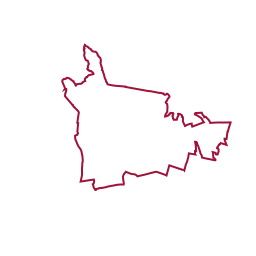 outline of Sulita, Botosani, Romania, rotated 41°
{"feature_id": "2599482B5546684952398", "entity_name": "Sulita", "entity_type": "district", "adm_level": 2, "iso_a3": "ROU", "parent_name": "Romania", "parent_adm1": "Botosani", "projection": "natural_earth1", "projection_center": [26.901, 47.647], "detail": "fine", "context": "isolated", "style": "outline", "palette": "rose", "viewbox_px": 256, "rotation_deg": 41, "n_neighbors": 0, "source": "geoboundaries", "source_scale": "gbopen_adm2", "svg_char_len": 5645}
<svg xmlns="http://www.w3.org/2000/svg" viewBox="0 0 256 256"><g transform="rotate(41 128 128)"><path d="M147.3,190.5L147.8,190.1L150.3,187.0L151.0,185.6L152.2,184.2L153.2,182.9L157.4,177.6L159.7,175.3L161.8,173.5L161.2,172.6L160.0,171.5L158.9,170.7L158.1,170.0L157.9,169.6L156.7,168.7L156.1,168.0L155.4,166.3L155.1,164.8L155.2,164.0L155.2,163.9L155.1,162.4L156.6,162.0L160.9,160.4L163.5,158.5L164.8,158.2L165.7,158.1L166.8,158.3L171.1,152.4L172.9,149.8L174.9,146.8L177.8,142.7L179.1,142.0L183.8,140.1L187.2,138.8L188.2,138.6L183.7,129.1L192.4,125.5L193.1,125.2L193.4,125.3L193.8,124.9L195.1,124.3L196.2,124.1L196.8,123.4L197.2,123.2L197.7,123.0L198.4,123.1L198.1,122.5L197.8,122.1L197.5,121.2L196.0,118.5L195.3,116.7L194.4,114.0L193.8,113.0L192.9,110.9L190.6,107.2L192.2,106.3L196.2,103.8L195.7,103.6L195.2,103.1L193.7,101.4L194.6,100.8L194.5,100.7L193.8,100.2L193.1,99.2L191.4,97.6L191.2,97.2L187.7,94.4L188.7,93.7L189.1,93.7L189.6,93.8L190.5,94.4L190.9,94.9L192.8,95.5L194.8,96.8L195.4,97.0L197.0,98.1L197.8,98.5L199.0,99.4L200.4,100.0L201.6,100.3L202.0,100.7L203.3,101.7L208.2,99.1L210.7,97.6L213.4,96.2L214.8,95.3L215.1,95.0L214.9,94.6L214.5,94.4L212.8,94.2L212.3,94.2L211.9,94.4L211.1,93.7L208.6,91.1L207.8,90.6L210.4,89.3L211.7,90.2L212.1,90.0L213.0,89.2L212.5,88.2L211.8,86.3L210.6,84.9L210.4,84.8L210.2,84.9L209.8,84.5L209.6,84.4L209.2,84.4L208.5,84.8L208.2,84.4L208.0,84.1L208.2,83.4L208.0,82.9L207.8,81.6L207.6,81.1L208.0,80.8L208.0,80.6L207.7,80.0L208.1,79.4L208.0,78.7L207.9,78.5L213.4,76.1L208.7,73.6L207.9,72.7L209.6,71.7L205.4,65.4L205.3,64.8L205.5,64.8L205.3,64.3L205.0,63.6L204.2,62.2L203.8,61.2L201.8,56.5L200.8,57.2L200.0,58.2L199.6,58.5L199.4,58.6L196.9,60.8L196.0,61.7L194.0,63.3L191.1,65.9L186.7,70.2L186.3,69.8L184.2,69.1L182.1,68.8L180.9,68.8L179.4,68.5L178.5,69.9L177.2,69.1L175.7,69.1L173.6,68.1L169.1,72.5L169.2,73.6L169.9,73.8L172.2,73.1L176.3,72.5L177.6,72.6L180.1,73.6L181.5,73.9L175.6,84.8L174.7,84.3L173.2,82.9L172.0,84.2L169.9,88.2L170.0,88.7L169.8,89.1L167.4,88.1L165.1,87.0L162.9,84.3L162.1,83.8L161.4,84.2L160.5,83.0L158.0,83.4L156.9,84.1L156.5,84.4L156.7,84.7L157.8,85.4L157.8,85.6L158.5,88.1L159.4,89.7L157.2,91.7L156.7,91.3L156.1,91.4L155.8,91.3L155.3,91.0L154.7,90.2L154.3,90.1L153.8,89.9L153.2,89.1L153.5,88.6L153.5,88.4L153.0,87.7L152.9,87.5L152.5,87.2L152.0,87.3L151.5,87.6L150.2,88.9L150.3,89.4L150.0,89.8L150.3,90.1L150.2,90.3L150.2,90.5L150.2,90.8L150.3,91.0L150.2,92.2L149.9,92.4L149.7,93.2L149.3,93.9L148.4,95.0L148.1,94.5L147.4,93.1L147.2,90.9L146.8,89.9L146.5,89.2L146.0,88.9L143.8,85.9L143.4,85.7L141.9,84.2L141.5,84.1L140.5,84.2L139.5,83.8L139.4,83.2L139.5,82.6L139.5,81.9L138.9,79.9L138.9,77.5L138.7,77.1L137.9,76.6L136.1,76.3L134.9,76.5L134.8,76.8L134.8,77.6L134.6,78.0L133.9,78.9L133.1,78.9L132.5,79.1L132.3,79.0L132.1,78.7L131.7,78.9L131.3,79.3L130.4,79.7L129.3,80.3L128.9,80.8L120.6,85.6L119.6,86.5L117.4,87.8L99.1,98.7L98.9,98.4L90.4,104.7L88.4,105.9L87.2,106.7L84.0,108.4L82.9,108.0L82.1,107.4L81.5,107.5L80.7,107.2L79.9,106.4L77.9,105.7L77.2,105.2L76.8,104.8L76.3,104.6L75.0,103.6L73.5,102.7L72.7,102.4L72.4,102.0L71.6,101.5L71.2,101.3L70.7,101.4L70.4,101.4L70.2,101.0L69.8,100.6L69.8,100.4L69.5,100.0L68.0,99.2L67.6,99.1L66.8,98.4L66.4,98.2L64.8,97.2L64.3,96.4L64.0,96.3L63.6,95.4L63.5,95.1L63.3,94.9L62.8,94.4L61.0,93.3L59.3,93.3L59.1,93.1L58.6,93.1L57.8,93.1L57.0,92.7L56.8,92.3L54.4,91.6L53.3,91.9L51.7,93.0L50.6,93.4L50.2,93.4L49.4,93.1L48.8,93.2L48.5,92.9L46.5,93.3L45.0,93.1L44.7,93.2L43.9,93.2L42.6,93.9L42.2,93.8L41.4,93.5L40.9,93.6L41.0,93.8L41.8,94.2L41.9,94.4L41.6,94.7L41.4,95.1L41.9,96.0L42.7,96.6L43.3,96.7L43.3,97.1L42.9,97.2L42.9,97.5L43.4,98.0L44.0,98.3L44.5,98.8L44.9,98.8L45.2,99.0L46.3,100.2L46.7,101.3L47.6,102.2L49.6,103.5L51.0,104.0L51.6,104.4L52.3,104.2L53.4,103.7L54.1,103.9L55.5,104.9L56.2,105.1L56.6,105.7L57.0,107.6L57.2,107.8L58.1,108.5L58.3,109.0L58.3,109.9L58.5,110.1L59.1,110.3L59.5,110.2L59.7,110.4L60.8,110.3L61.4,110.1L61.2,109.9L62.6,109.5L62.7,109.3L63.4,109.2L64.3,109.3L64.5,109.2L65.0,109.3L65.8,109.4L66.5,109.8L66.5,110.2L66.1,110.5L65.6,111.4L65.1,112.0L64.7,112.7L64.1,113.2L63.8,113.7L63.6,114.7L63.5,115.0L63.8,116.3L63.2,116.8L63.2,117.4L63.3,117.9L63.1,118.7L63.9,120.0L64.9,120.6L63.9,122.6L63.7,123.5L64.0,123.9L64.0,124.2L63.3,125.8L62.4,126.4L61.3,127.8L60.4,128.8L60.8,129.4L60.8,130.2L60.7,130.2L58.6,129.3L57.4,129.0L56.3,128.9L56.2,128.8L56.1,128.5L54.9,128.8L54.0,128.8L53.5,128.9L53.0,128.8L52.8,129.0L51.5,129.0L50.8,129.1L50.3,129.5L49.8,129.6L49.4,129.9L48.9,130.2L48.8,130.7L48.9,131.1L48.7,131.5L48.7,131.9L48.2,132.2L48.0,132.6L47.5,133.0L47.6,133.3L47.2,134.1L47.2,134.8L47.6,135.8L47.8,136.0L54.2,139.2L54.6,139.6L54.8,140.5L54.9,140.2L55.1,139.7L55.8,139.1L56.5,139.7L57.9,142.3L57.8,142.8L59.5,145.3L69.6,146.8L70.6,147.1L70.9,147.0L71.4,147.1L71.6,146.9L71.8,147.1L72.8,147.6L73.3,147.6L73.8,147.4L74.1,147.7L75.1,147.6L76.4,147.8L77.3,147.7L79.4,148.0L80.0,148.2L80.8,148.6L81.3,149.5L86.3,157.3L87.1,156.9L92.2,164.0L93.7,164.7L93.7,165.0L93.8,165.7L94.2,166.2L94.2,166.6L94.0,166.8L93.1,168.5L93.5,169.0L95.6,171.0L96.3,171.4L97.1,171.7L99.8,173.1L102.5,174.3L104.8,174.9L106.0,175.1L108.1,176.1L110.6,178.1L112.0,179.1L113.8,180.8L115.4,182.5L115.7,182.8L116.5,184.4L118.7,187.1L119.5,188.4L121.0,190.1L123.1,192.4L123.9,193.3L125.5,196.0L127.4,199.5L136.0,189.3L136.5,189.5L137.0,190.0L137.8,191.0L138.1,191.5L138.4,192.5L138.4,192.9L138.2,193.4L138.2,193.5L138.5,193.6L138.9,193.6L139.3,194.1L141.0,195.3L143.5,196.1L144.2,196.1L144.4,195.9L144.3,195.6L144.1,195.3L144.0,194.9L145.0,193.6L145.3,193.4L145.4,192.8L146.7,191.2L147.1,191.0L147.3,190.5Z" fill="none" stroke="#9f1239" stroke-width="2"/></g></svg>